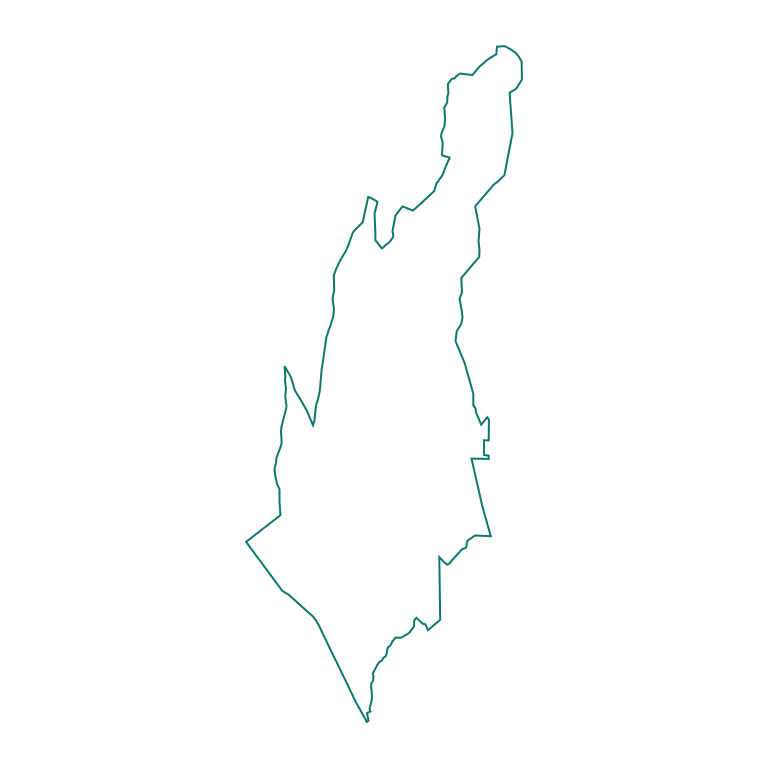 Ga East, Greater Accra, Ghana (Equal Earth projection)
{"feature_id": "2480657B24635332146555", "entity_name": "Ga East", "entity_type": "district", "adm_level": 2, "iso_a3": "GHA", "parent_name": "Ghana", "parent_adm1": "Greater Accra", "projection": "equal_earth", "projection_center": [-0.223, 5.706], "detail": "fine", "context": "isolated", "style": "outline", "palette": "teal", "viewbox_px": 768, "rotation_deg": 0, "n_neighbors": 0, "source": "geoboundaries", "source_scale": "gbopen_adm2", "svg_char_len": 3952}
<svg xmlns="http://www.w3.org/2000/svg" viewBox="0 0 768 768"><path d="M497.0,46.7L496.6,50.4L496.3,54.1L487.6,59.6L479.1,67.0L472.4,75.0L465.2,74.2L462.7,73.9L460.4,73.6L460.1,73.7L459.1,74.1L458.4,74.6L457.7,75.4L457.0,75.8L456.4,76.1L456.0,76.4L455.8,76.9L455.5,77.3L454.5,78.3L453.6,78.6L451.8,78.9L451.2,79.5L450.6,80.3L449.8,81.8L447.9,83.7L448.0,86.7L448.4,93.5L447.4,96.4L447.4,97.4L447.2,102.4L444.2,107.7L445.1,118.6L444.5,125.9L444.3,126.8L443.3,129.2L443.0,129.8L442.1,131.5L441.5,133.3L441.3,134.6L441.1,136.0L441.4,138.1L441.6,138.9L442.0,139.7L442.3,141.0L442.6,142.4L442.6,142.5L442.7,143.6L442.3,148.7L442.3,150.8L442.1,152.2L442.1,154.5L442.3,155.5L449.6,157.6L449.6,157.8L447.5,162.6L444.9,168.5L443.4,172.8L441.3,177.0L439.3,179.4L437.8,182.1L437.2,182.5L436.6,182.8L434.1,191.2L418.7,205.5L412.8,210.6L402.5,206.4L395.5,215.5L392.9,229.0L392.6,230.2L392.6,231.6L392.6,231.8L393.4,235.6L392.9,237.4L389.4,242.3L386.4,244.5L382.0,248.5L375.5,240.4L375.4,240.4L375.3,231.6L375.2,227.9L374.8,220.6L374.6,213.3L377.5,201.8L375.3,200.5L371.6,198.4L368.2,197.0L365.1,211.1L362.7,222.2L354.2,230.7L353.7,231.3L353.3,231.9L352.6,233.2L350.0,240.5L348.1,245.8L347.5,247.2L346.9,248.7L346.0,250.6L343.5,254.9L340.4,260.1L339.2,262.4L337.2,266.6L336.0,269.3L335.4,271.0L334.3,274.0L333.9,275.6L333.8,276.1L334.2,290.2L332.5,298.9L334.0,309.2L333.4,316.0L329.9,327.2L328.3,330.9L328.0,332.8L326.5,336.6L323.8,355.3L323.0,361.2L321.6,369.8L320.4,384.2L319.7,391.2L319.2,393.9L318.6,396.6L317.4,401.2L316.5,403.8L316.0,406.1L315.7,408.0L315.5,410.0L315.1,414.1L314.5,420.2L313.0,425.3L307.0,411.1L306.4,409.7L305.3,408.0L300.3,399.2L294.9,390.5L290.9,377.0L284.5,366.2L285.3,376.6L285.3,377.3L285.0,380.9L285.4,383.6L285.4,384.3L285.8,386.2L285.9,388.9L285.8,390.8L285.5,393.5L285.5,395.2L285.3,397.0L286.5,406.3L285.9,409.9L285.5,411.2L285.0,413.5L284.4,415.2L283.7,417.9L283.6,418.8L283.3,419.6L282.4,423.0L281.5,426.5L281.0,430.6L281.0,432.5L281.1,433.3L281.2,434.4L281.3,435.7L281.6,442.3L281.5,443.2L280.8,446.3L277.1,456.1L276.5,458.0L275.8,463.8L274.6,468.3L274.6,471.2L275.6,477.2L275.9,478.1L276.2,479.9L276.5,480.7L276.9,483.6L277.6,485.4L279.3,488.7L279.5,489.5L279.5,502.6L279.8,505.7L280.4,515.2L246.1,541.9L282.3,590.9L288.8,594.8L310.4,614.3L311.6,615.2L312.8,616.3L314.0,617.8L315.6,619.9L317.4,622.8L318.5,624.7L319.4,626.4L323.1,634.3L324.7,637.6L329.0,646.6L329.1,646.9L330.8,650.4L333.4,655.7L337.1,663.1L337.3,663.5L337.5,664.0L339.7,668.6L342.3,673.9L346.6,682.8L347.1,683.8L351.5,693.0L353.6,697.4L355.7,701.8L356.2,702.7L356.8,703.7L358.8,707.3L359.3,708.2L359.7,708.9L360.2,709.8L360.9,711.3L365.2,718.7L366.7,721.9L368.5,720.8L367.0,713.0L369.6,711.9L370.5,711.5L369.6,709.2L369.6,708.3L371.0,703.4L371.4,701.6L371.8,699.8L371.9,696.3L371.7,693.0L371.7,691.5L371.1,688.0L371.2,684.6L371.3,683.7L372.6,681.6L373.1,680.5L373.5,676.3L373.3,675.0L373.0,674.5L372.8,673.6L377.4,664.7L379.1,662.4L381.9,660.3L382.7,659.0L383.5,657.7L385.0,656.8L385.7,656.1L386.9,652.8L387.1,650.5L387.6,648.5L388.0,647.7L388.4,646.9L390.1,645.9L392.5,641.3L393.0,640.7L395.5,637.7L401.1,637.7L409.0,633.1L413.9,626.6L414.4,619.9L416.5,617.8L422.6,623.7L425.5,624.3L427.9,630.2L440.2,619.8L439.3,557.2L444.8,562.7L447.1,564.7L449.8,563.4L450.9,561.5L456.1,555.8L462.1,549.2L465.9,547.8L466.6,546.2L466.7,545.3L466.6,543.7L467.0,542.2L467.6,540.8L468.8,539.8L475.0,535.5L490.8,536.2L482.3,506.2L471.5,458.6L488.7,458.9L488.7,455.7L484.1,455.0L483.9,440.3L488.7,440.3L488.9,419.6L487.3,417.2L481.2,424.7L475.7,411.6L475.7,408.7L473.3,405.1L473.3,393.7L464.6,362.9L455.5,341.2L456.7,331.4L461.3,323.6L462.5,317.4L461.9,311.8L459.6,298.5L462.0,292.3L461.3,278.0L479.2,256.9L479.5,250.0L478.5,241.2L479.5,228.8L475.2,206.3L493.5,184.9L498.9,180.6L504.4,175.1L512.5,133.0L510.2,101.4L509.6,92.7L516.1,88.8L521.9,79.7L521.7,61.9L519.0,56.9L515.7,52.9L510.1,49.0L506.5,47.1L504.3,46.1L497.0,46.7Z" fill="none" stroke="#0f766e" stroke-width="2"/></svg>